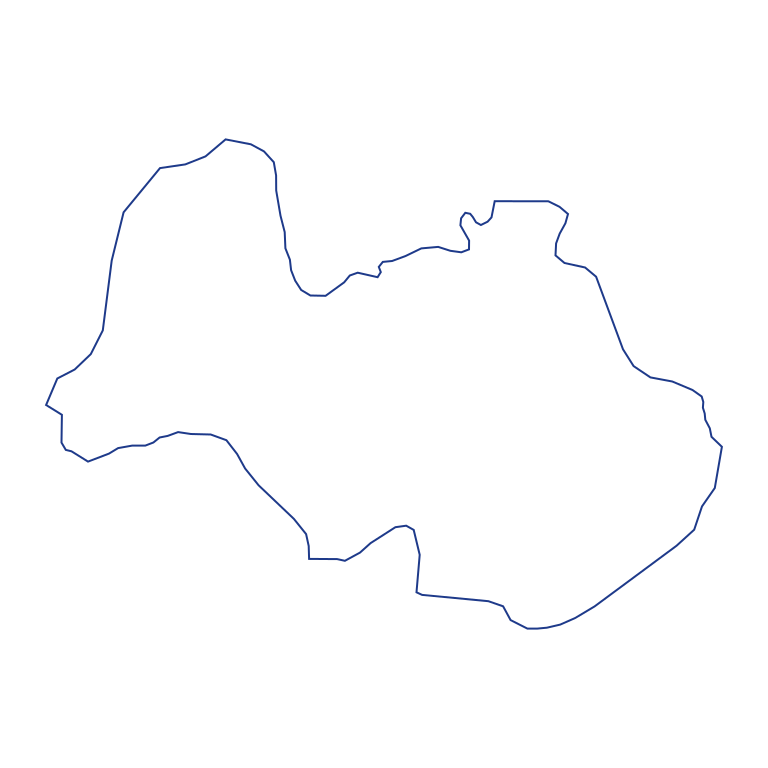 outline of Al Bayda'
{"feature_id": "YEM-333", "entity_name": "Al Bayda'", "entity_type": "Governorate", "adm_level": 1, "iso_a3": "YEM", "parent_name": "Yemen", "parent_adm1": "", "projection": "mercator", "projection_center": [45.347, 14.319], "detail": "fine", "context": "isolated", "style": "outline", "palette": "blue", "viewbox_px": 768, "rotation_deg": 0, "n_neighbors": 0, "source": "natural_earth", "source_scale": "10m", "svg_char_len": 1558}
<svg xmlns="http://www.w3.org/2000/svg" viewBox="0 0 768 768"><path d="M225.6,139.4L250.9,144.3L264.0,151.4L273.8,162.2L276.1,175.5L276.2,190.5L280.5,215.7L284.7,232.1L285.4,248.3L289.9,259.7L291.1,270.2L295.2,280.7L301.2,290.0L310.4,295.5L325.6,295.8L344.2,282.3L349.8,275.5L357.7,272.7L377.6,277.2L380.8,272.1L378.8,266.9L382.8,261.9L392.1,261.0L405.6,256.0L421.3,248.4L438.2,246.9L450.4,250.8L461.3,252.3L469.0,249.4L469.1,240.6L460.4,225.3L461.1,218.3L465.3,212.8L470.2,213.8L472.8,217.0L476.0,222.3L480.9,225.0L487.6,221.7L491.5,217.4L494.7,201.2L548.4,201.3L559.5,206.8L568.0,214.0L565.4,223.3L559.7,233.6L556.1,243.4L555.5,255.4L564.5,263.0L585.1,267.5L596.1,276.7L623.0,349.3L633.6,366.1L650.4,377.4L672.3,381.5L692.5,390.0L701.7,396.5L703.3,402.0L702.9,407.7L704.7,413.5L705.3,419.8L709.8,428.3L711.5,436.8L721.9,446.8L714.8,488.0L702.0,506.4L694.2,529.7L676.6,545.7L594.6,606.4L575.0,618.1L560.2,624.6L546.9,627.7L537.2,628.6L527.4,628.6L510.6,620.1L503.1,606.3L488.4,601.2L422.1,594.9L416.5,592.3L419.7,554.8L413.7,529.9L406.2,525.7L395.4,527.2L370.6,543.1L360.0,552.6L344.9,560.8L337.2,559.1L309.1,558.9L308.7,546.0L306.1,534.1L293.9,518.9L258.6,485.3L245.1,468.5L237.1,454.0L226.4,440.2L210.7,434.5L190.9,434.0L178.1,432.1L167.7,435.9L159.6,437.5L153.4,442.5L145.3,445.6L132.2,445.6L118.1,448.1L109.0,453.6L88.0,461.6L71.5,451.3L65.8,449.9L61.5,442.6L61.9,414.8L46.1,405.0L57.3,378.5L74.7,369.5L90.8,354.1L102.8,330.4L111.7,260.6L123.6,212.3L160.0,168.1L185.3,164.4L205.5,156.4L225.6,139.4Z" fill="none" stroke="#1e3a8a" stroke-width="2"/></svg>